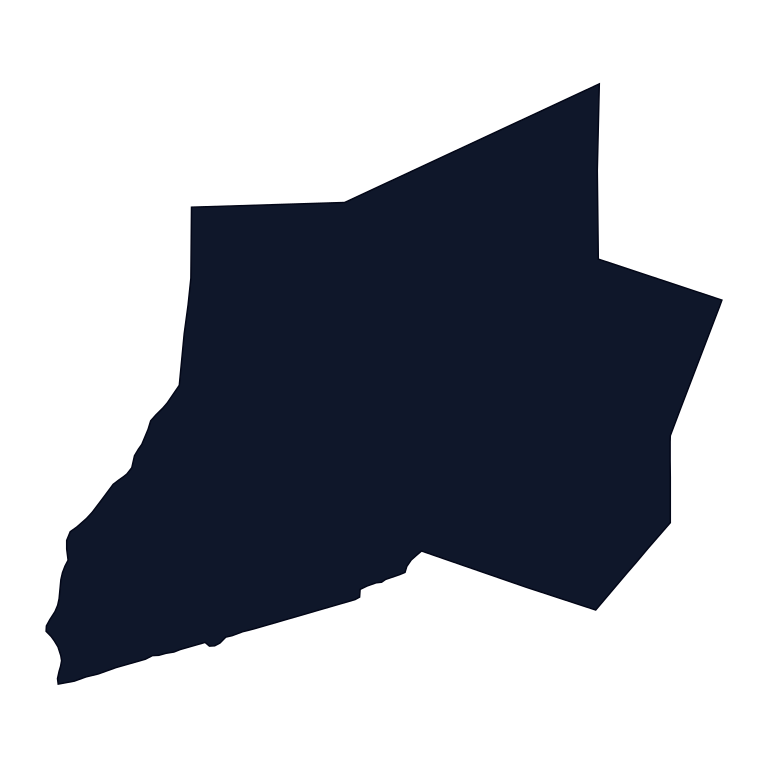 Santa Luzia do Paruá, Maranhão, Brazil
{"feature_id": "56859067B5284280093105", "entity_name": "Santa Luzia do Paruá", "entity_type": "district", "adm_level": 2, "iso_a3": "BRA", "parent_name": "Brazil", "parent_adm1": "Maranhão", "projection": "natural_earth1", "projection_center": [-45.86, -2.528], "detail": "fine", "context": "isolated", "style": "filled", "palette": "ink", "viewbox_px": 768, "rotation_deg": 0, "n_neighbors": 0, "source": "geoboundaries", "source_scale": "gbopen_adm2", "svg_char_len": 1278}
<svg xmlns="http://www.w3.org/2000/svg" viewBox="0 0 768 768"><path d="M58.2,684.1L74.4,681.1L86.0,676.9L98.4,673.9L115.9,667.6L123.3,665.5L145.4,659.2L152.4,655.6L158.8,655.3L166.0,653.3L174.0,652.0L180.3,649.5L205.1,642.4L209.4,646.1L214.7,645.8L220.0,643.0L225.8,637.1L232.0,635.7L242.7,631.7L248.1,630.4L254.9,628.6L331.2,606.5L355.0,599.6L359.6,597.1L360.1,589.4L367.1,586.0L376.1,582.8L381.6,582.2L385.6,579.4L399.7,574.6L405.0,572.4L406.8,566.4L411.2,560.0L415.9,555.8L421.5,551.0L526.1,587.2L595.7,610.0L627.1,572.9L636.4,562.2L648.4,547.9L670.3,522.7L670.3,477.5L670.1,460.7L670.1,441.7L670.3,435.7L680.0,410.0L717.0,313.2L719.5,306.7L721.9,300.1L714.9,297.8L598.3,259.1L597.3,170.5L599.3,83.9L344.6,202.5L191.5,207.2L190.9,278.1L188.1,304.8L184.2,333.7L179.3,385.3L167.2,403.0L162.9,408.0L156.1,414.7L150.7,420.8L148.1,429.3L141.8,444.4L138.4,449.2L134.5,455.7L131.8,467.7L126.8,474.1L123.1,477.0L119.1,479.8L113.2,484.3L101.3,500.3L92.2,512.3L86.5,518.5L76.6,527.2L70.3,531.6L66.7,540.4L66.7,549.0L68.1,560.2L65.0,566.1L62.5,572.6L60.9,579.6L59.1,598.7L57.7,605.2L55.0,611.6L49.8,619.7L46.4,625.9L46.1,631.3L51.2,636.5L54.3,640.8L58.0,646.9L60.8,655.6L61.6,660.7L60.6,666.2L59.1,671.3L57.5,678.6L58.2,684.1Z" fill="#0f172a" stroke="#020617" stroke-width="1.5"/></svg>